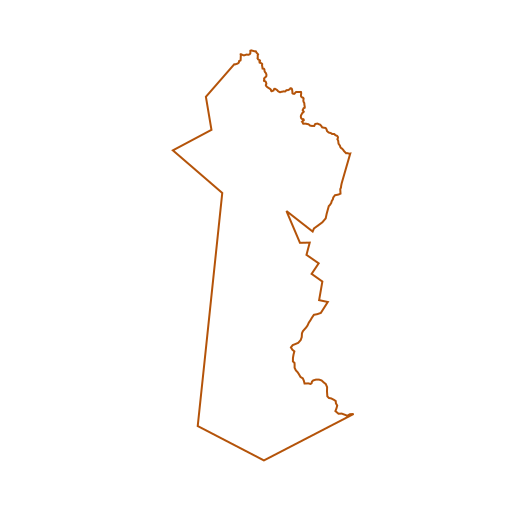 Tambul/Nebilyer District, Western Highlands, Papua New Guinea (Mercator projection), rotated 62°
{"feature_id": "67681753B52685318346080", "entity_name": "Tambul/Nebilyer District", "entity_type": "district", "adm_level": 2, "iso_a3": "PNG", "parent_name": "Papua New Guinea", "parent_adm1": "Western Highlands", "projection": "mercator", "projection_center": [144.032, -5.998], "detail": "fine", "context": "isolated", "style": "outline", "palette": "amber", "viewbox_px": 512, "rotation_deg": 62, "n_neighbors": 0, "source": "geoboundaries", "source_scale": "gbopen_adm2", "svg_char_len": 3460}
<svg xmlns="http://www.w3.org/2000/svg" viewBox="0 0 512 512"><g transform="rotate(62 256 256)"><path d="M330.3,214.2L324.6,221.0L309.7,209.4L297.9,215.3L291.9,204.1L278.7,210.9L269.4,202.3L265.0,211.0L230.6,208.0L261.0,194.5L258.9,191.9L257.4,181.6L255.5,176.8L251.8,173.7L246.1,168.3L245.6,166.7L244.5,164.7L243.1,163.4L242.0,161.5L240.6,160.3L239.4,157.7L240.0,155.9L240.5,154.1L240.6,152.1L236.5,150.2L235.5,148.9L233.8,147.7L232.0,146.2L209.8,124.7L209.6,125.4L207.9,127.3L207.6,128.2L204.5,129.1L203.7,129.1L201.6,129.6L200.6,130.2L199.5,130.4L197.9,130.1L195.6,130.4L192.7,129.3L191.1,129.3L190.6,128.7L190.1,128.1L189.1,127.8L188.0,128.0L186.6,129.2L185.1,129.6L183.9,131.6L183.1,131.9L182.2,132.6L181.6,133.4L181.0,133.9L179.1,134.6L178.7,134.6L177.6,134.3L176.2,134.3L175.5,134.6L174.8,135.6L173.5,137.2L171.8,137.3L170.2,137.7L169.0,138.8L168.0,139.5L167.3,141.5L167.3,141.9L168.5,143.5L167.4,145.6L166.2,147.1L164.9,147.5L164.0,148.1L163.5,148.9L162.7,149.7L162.1,150.7L161.4,152.2L160.9,152.3L159.8,152.0L159.1,152.3L158.7,151.2L158.6,150.1L158.2,149.9L157.5,149.9L156.9,150.9L156.2,151.2L155.2,151.4L154.0,151.0L153.0,150.3L151.3,147.6L151.4,146.8L151.0,146.1L149.1,146.3L147.8,144.5L148.0,143.5L147.4,143.0L145.3,142.3L143.7,141.6L142.1,141.6L141.1,141.3L139.2,140.0L138.4,140.1L137.9,140.7L136.4,141.3L135.4,141.0L133.4,139.6L132.3,139.3L132.0,139.7L131.6,140.7L130.5,142.7L130.0,143.5L130.2,144.4L130.8,146.0L130.2,147.0L129.4,147.4L127.7,146.6L125.6,145.9L124.8,146.0L124.2,146.5L124.1,147.0L124.6,147.9L124.6,149.8L124.2,150.5L123.9,151.3L124.2,152.1L124.4,153.1L123.9,153.9L123.5,154.5L123.4,155.3L123.0,156.3L122.7,157.9L121.9,158.5L120.8,159.2L119.6,159.4L118.8,159.8L117.3,160.7L117.0,161.4L118.1,162.9L118.0,163.5L117.9,164.8L117.3,165.1L116.2,164.8L115.6,164.9L114.7,165.3L113.4,166.1L111.8,166.9L110.7,167.2L109.7,167.1L108.8,166.0L107.1,165.6L106.3,165.7L105.8,166.1L105.2,166.7L104.6,166.5L104.0,165.8L103.2,165.6L102.8,165.0L102.3,162.8L101.9,162.3L100.6,161.6L99.1,161.4L97.9,161.7L96.6,161.6L95.2,161.0L94.4,161.1L93.9,161.7L93.6,162.2L92.9,162.0L91.7,161.5L90.7,161.3L89.9,160.7L89.3,160.4L88.5,160.7L87.7,161.3L87.0,162.0L86.1,161.8L85.7,160.8L85.2,160.7L83.4,161.8L82.3,161.8L82.0,161.8L81.5,161.2L79.8,160.4L79.0,159.5L76.5,160.1L75.3,160.0L75.0,160.3L74.8,160.9L72.2,163.7L72.1,164.6L73.0,165.1L74.3,165.8L74.9,166.8L74.8,168.2L73.7,169.8L73.4,171.5L73.2,172.5L72.0,173.6L70.7,174.6L70.7,174.9L71.7,175.2L75.8,177.6L76.1,178.0L76.0,178.7L75.9,179.3L76.4,179.8L77.1,180.3L77.4,181.1L77.4,182.4L77.1,183.9L77.0,184.6L76.5,185.2L91.9,225.5L123.7,236.1L123.7,279.8L141.2,273.0L184.5,256.2L240.7,294.1L325.5,351.3L378.8,387.3L440.2,345.0L441.3,244.0L439.8,247.3L439.9,250.4L438.1,251.9L435.4,254.3L434.0,257.2L430.2,258.7L428.4,256.6L426.2,254.5L423.6,254.6L421.5,253.7L419.6,254.7L417.0,256.5L415.6,258.3L413.4,258.9L408.9,256.9L405.2,254.8L401.8,254.5L399.3,255.6L396.7,256.5L394.8,258.3L393.3,261.0L393.0,262.6L392.7,263.8L393.2,265.6L394.4,266.6L394.6,267.9L393.1,269.5L391.4,273.0L388.5,272.3L386.0,272.1L383.7,273.5L380.5,273.6L378.2,273.8L375.7,274.5L372.8,274.4L370.2,273.0L368.5,272.2L366.4,272.9L363.3,271.2L360.6,269.1L358.2,266.9L355.8,267.9L353.1,268.1L351.9,265.4L352.2,262.8L352.5,259.5L351.2,256.0L349.1,253.7L345.8,251.7L344.4,249.9L343.5,247.6L342.7,245.4L341.6,243.2L339.6,240.6L338.3,238.1L336.8,235.7L335.1,232.5L336.1,229.3L336.7,225.5L330.3,214.2Z" fill="none" stroke="#b45309" stroke-width="2"/></g></svg>